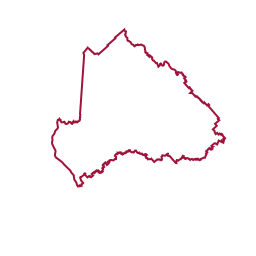 Yass Valley, New South Wales, Australia, rotated 130°
{"feature_id": "25037944B7628366145494", "entity_name": "Yass Valley", "entity_type": "district", "adm_level": 2, "iso_a3": "AUS", "parent_name": "Australia", "parent_adm1": "New South Wales", "projection": "natural_earth1", "projection_center": [148.958, -34.926], "detail": "fine", "context": "isolated", "style": "outline", "palette": "rose", "viewbox_px": 256, "rotation_deg": 130, "n_neighbors": 0, "source": "geoboundaries", "source_scale": "gbopen_adm2", "svg_char_len": 5762}
<svg xmlns="http://www.w3.org/2000/svg" viewBox="0 0 256 256"><g transform="rotate(130 128 128)"><path d="M55.6,171.5L57.6,173.0L57.8,173.4L57.7,174.1L58.3,174.1L59.4,175.3L60.1,175.1L61.3,175.6L60.8,177.3L61.2,178.0L61.4,179.0L60.5,181.4L60.9,182.7L60.7,183.2L61.3,184.2L61.0,185.0L59.4,186.4L59.4,188.1L59.1,188.8L58.5,189.3L58.5,190.1L57.0,190.8L56.6,190.8L56.3,191.2L55.5,191.5L55.3,191.7L55.7,192.5L55.6,193.2L54.9,194.1L67.1,196.1L67.3,195.3L77.7,197.0L77.9,196.1L90.6,198.0L90.4,199.2L93.0,201.3L92.6,202.5L92.7,203.4L92.5,204.2L92.9,204.7L92.3,207.0L92.7,207.6L92.3,208.6L92.6,209.8L92.4,210.5L99.2,210.4L100.3,208.5L148.3,173.6L148.6,172.9L150.2,172.1L150.5,171.5L151.4,171.3L152.0,170.5L152.4,170.2L152.9,170.3L153.4,169.8L154.3,170.0L155.3,170.7L156.1,170.4L156.5,170.6L156.6,171.1L156.4,172.0L156.7,172.3L157.5,172.0L158.3,172.8L158.2,173.5L157.8,174.1L159.4,174.1L159.9,173.5L160.8,173.5L160.9,173.9L160.6,174.6L160.9,175.3L160.5,176.0L161.3,177.0L161.3,177.3L162.9,177.0L164.4,177.6L165.0,178.5L164.1,180.7L164.5,181.1L165.4,181.4L166.4,182.7L166.2,183.9L165.2,184.6L165.4,185.5L165.1,186.5L166.5,186.3L167.0,186.9L169.3,185.8L172.7,181.9L173.9,181.6L176.8,181.9L179.8,180.7L182.8,180.6L183.9,180.0L185.9,178.0L188.1,176.8L189.0,175.7L190.7,172.1L191.7,169.3L192.6,168.4L195.6,166.7L196.3,165.8L196.9,164.3L196.5,156.9L197.1,152.9L197.7,144.8L198.6,142.7L199.1,139.1L200.4,137.9L202.1,135.8L202.6,133.8L203.3,132.0L204.5,130.4L204.9,128.7L203.3,128.4L203.5,127.4L202.4,127.2L202.5,126.8L202.2,126.4L201.1,127.5L200.0,127.0L198.9,127.0L198.4,130.2L196.7,132.8L196.1,132.9L195.8,132.4L192.1,131.6L191.6,131.7L191.3,132.1L190.5,132.3L190.3,132.8L190.5,131.4L191.3,131.5L191.9,127.3L189.7,126.9L189.9,125.7L189.1,125.6L189.2,124.6L186.8,124.2L186.5,126.3L184.1,125.9L184.2,124.8L182.6,124.6L182.5,124.9L182.7,125.3L180.7,124.9L180.8,123.8L180.1,123.7L180.1,123.3L179.5,123.2L179.7,121.8L180.7,122.0L180.8,121.2L180.4,120.5L179.0,120.2L179.1,119.7L177.6,119.4L177.5,120.3L175.6,120.4L175.3,121.9L173.7,121.7L173.8,121.3L173.2,121.2L173.0,123.0L172.1,122.8L172.0,123.6L169.0,123.2L169.9,120.4L167.8,120.0L167.2,120.2L167.2,120.6L166.2,120.4L166.1,121.2L166.4,121.6L164.7,121.3L164.8,120.8L163.9,120.9L163.4,120.5L162.3,118.5L161.8,118.2L160.3,118.2L160.1,117.8L159.6,117.7L159.4,117.3L157.7,118.6L157.8,120.2L157.6,120.3L155.9,120.4L155.4,120.1L154.7,119.2L154.1,119.4L153.6,120.1L153.2,119.4L152.8,119.3L152.4,118.0L151.7,118.4L151.5,118.1L151.9,118.0L151.8,117.0L151.5,116.8L151.4,116.5L152.0,116.2L151.8,115.6L151.9,115.2L151.1,114.8L150.7,115.1L150.6,114.8L149.5,114.8L148.9,113.9L148.5,114.1L148.6,113.7L148.3,113.6L148.0,113.9L146.9,113.3L146.4,113.6L146.3,113.0L145.7,112.5L145.0,113.0L144.7,112.8L144.3,113.0L143.7,112.1L144.4,111.3L144.3,109.7L143.9,109.1L143.2,108.8L143.1,107.9L140.9,108.1L140.2,107.5L140.8,105.7L140.6,105.0L140.9,104.6L140.5,103.8L139.6,103.5L140.0,102.0L138.6,100.9L138.6,100.6L139.2,99.8L138.9,99.0L138.5,98.5L138.1,98.5L138.1,98.1L136.8,98.0L136.5,97.3L136.5,96.5L137.2,96.9L138.2,96.7L138.1,95.9L139.1,95.4L139.2,94.5L138.8,94.2L138.6,93.6L139.2,92.6L138.2,91.8L137.9,91.1L136.9,90.4L136.5,90.4L137.2,86.1L133.3,85.4L133.3,85.0L133.0,84.9L132.0,84.0L132.1,83.6L131.8,83.5L131.4,81.9L131.1,81.6L129.8,82.0L129.5,82.8L128.4,83.9L127.9,83.7L126.8,84.1L125.5,81.8L122.3,81.2L122.1,80.9L123.7,80.3L123.7,79.7L123.2,79.3L123.2,78.6L122.7,78.2L124.1,68.9L123.8,68.4L123.3,69.0L122.8,69.1L122.6,69.6L121.2,70.0L120.6,68.5L120.1,68.6L118.3,67.9L118.0,67.5L116.8,67.8L116.4,67.4L115.2,67.9L114.8,67.7L114.1,68.1L113.7,67.2L115.0,66.2L114.5,65.5L115.0,64.7L114.8,64.1L114.2,63.8L113.6,64.0L112.9,63.1L112.7,61.9L112.4,61.9L112.3,61.5L112.5,61.1L112.4,60.6L112.5,60.0L112.0,60.1L111.1,59.3L110.6,59.2L110.5,58.8L110.6,58.1L110.3,58.0L110.4,57.4L109.1,56.8L108.8,56.9L108.2,56.4L108.6,55.5L108.3,55.2L107.5,55.5L107.1,55.2L107.5,55.0L107.6,54.5L107.0,53.7L106.5,53.6L106.6,52.6L105.9,52.5L106.0,52.1L105.6,51.9L104.8,52.3L103.0,51.2L102.2,51.1L101.4,50.0L99.6,50.6L97.8,50.9L97.7,51.3L96.9,51.4L96.7,51.6L96.8,51.9L95.6,51.7L95.5,53.2L92.6,52.7L92.6,53.0L91.0,52.8L91.3,50.9L90.4,50.8L90.5,50.0L89.6,49.9L89.3,51.1L88.1,50.9L88.3,51.2L88.1,52.6L84.1,51.9L83.4,50.8L83.6,50.0L83.3,49.1L79.3,50.4L78.6,47.6L77.2,48.3L76.9,47.7L78.4,46.9L78.0,45.5L75.5,46.7L75.2,47.2L75.0,48.0L74.3,47.9L74.4,47.1L73.4,47.0L73.1,50.1L72.4,51.3L72.3,51.9L73.0,52.0L72.7,53.0L73.6,53.2L73.4,54.2L74.8,54.4L74.4,56.5L76.3,56.9L75.7,58.6L74.6,59.8L74.5,62.1L69.3,61.4L68.8,64.0L63.4,63.1L63.1,64.9L64.2,65.3L62.0,64.9L59.5,80.7L58.2,80.5L58.0,81.7L59.9,82.0L59.4,85.3L59.7,85.1L60.4,85.6L60.1,87.7L60.5,87.7L60.2,90.0L59.8,89.9L59.7,90.8L59.9,90.8L59.5,93.2L59.8,93.3L59.4,95.5L60.2,95.7L60.0,96.8L60.6,96.9L60.1,99.8L60.0,101.1L61.2,102.8L58.1,102.5L57.8,104.6L58.1,104.7L57.8,106.6L57.3,106.6L57.2,107.0L58.3,107.2L57.3,113.9L56.5,113.8L56.6,113.4L55.0,113.1L54.8,114.5L54.2,114.4L53.9,116.9L52.0,116.6L51.9,117.7L52.5,117.8L52.1,120.4L51.5,120.3L51.1,122.8L52.2,123.5L52.7,125.2L53.2,125.8L54.2,125.5L54.7,124.2L55.6,124.2L55.8,124.6L55.1,126.5L53.7,127.9L53.4,128.5L53.4,129.8L54.5,132.3L54.6,133.5L53.8,136.3L52.8,138.1L52.7,139.6L52.8,140.5L52.6,141.0L52.8,141.8L53.2,142.3L54.5,142.4L56.3,141.2L57.3,141.0L57.8,141.4L58.1,142.0L58.1,142.5L57.4,144.0L57.7,144.6L58.3,144.6L59.7,143.9L61.5,144.1L59.6,147.5L60.2,147.9L60.3,148.7L60.0,149.9L59.8,151.8L60.2,152.4L59.6,154.0L58.6,154.6L58.3,155.7L58.8,156.4L58.4,156.6L58.3,157.5L58.4,158.0L59.4,157.8L58.8,158.8L58.9,159.3L59.7,159.2L59.8,159.9L59.0,160.1L58.7,160.5L58.8,161.1L58.4,161.2L58.6,161.6L58.4,161.7L58.4,162.3L59.0,162.9L58.8,163.6L57.7,164.3L57.0,165.6L56.0,166.3L55.0,168.0L55.0,168.9L54.9,169.0L55.5,170.5L55.4,170.9L55.6,171.5Z" fill="none" stroke="#9f1239" stroke-width="2"/></g></svg>